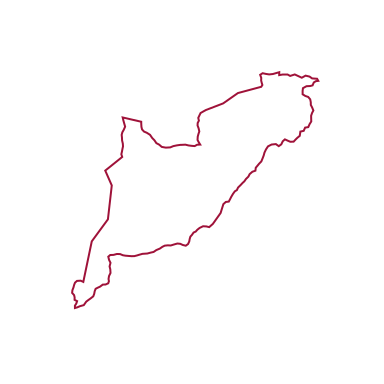 outline of Nazaré, Tocantins, Brazil, rotated 109°
{"feature_id": "56859067B47209768197677", "entity_name": "Nazaré", "entity_type": "district", "adm_level": 2, "iso_a3": "BRA", "parent_name": "Brazil", "parent_adm1": "Tocantins", "projection": "natural_earth1", "projection_center": [-47.774, -6.322], "detail": "fine", "context": "isolated", "style": "outline", "palette": "rose", "viewbox_px": 384, "rotation_deg": 109, "n_neighbors": 0, "source": "geoboundaries", "source_scale": "gbopen_adm2", "svg_char_len": 2806}
<svg xmlns="http://www.w3.org/2000/svg" viewBox="0 0 384 384"><g transform="rotate(109 192 192)"><path d="M326.4,272.5L327.9,269.9L329.8,268.7L332.2,267.9L332.6,265.1L335.2,265.1L337.6,265.7L339.8,264.9L338.4,262.9L336.4,260.7L334.2,257.5L330.1,256.3L327.7,254.7L325.6,253.2L322.8,251.4L320.2,251.3L317.5,251.7L314.9,251.6L313.3,250.1L311.5,248.2L308.6,246.2L307.6,243.6L305.6,241.5L303.4,241.5L301.4,242.6L298.5,243.1L295.1,242.7L291.7,244.1L289.2,245.7L285.5,246.0L283.2,248.3L280.4,250.1L278.2,248.8L277.0,245.7L275.1,242.9L274.1,239.8L274.3,236.8L273.9,234.3L273.2,231.5L272.4,228.4L271.5,225.8L270.0,223.5L268.4,221.3L266.6,218.7L264.7,214.2L262.8,211.4L261.2,208.8L258.5,206.8L256.0,204.0L253.4,202.1L251.6,200.3L250.3,197.5L249.5,194.7L247.6,192.1L245.5,189.1L244.8,186.2L245.1,183.5L244.8,180.4L242.5,178.8L239.7,178.5L237.1,178.9L234.7,179.0L232.6,178.1L229.8,177.3L228.2,175.6L226.0,174.7L223.5,173.1L220.8,170.4L219.9,167.3L219.6,164.3L215.4,161.9L202.5,158.1L200.0,158.2L196.3,158.3L193.3,158.4L190.4,156.8L189.1,154.1L186.6,153.7L183.7,153.3L180.3,152.6L177.4,151.7L175.6,150.2L172.8,149.9L169.6,148.3L166.9,147.1L164.9,146.0L162.1,145.2L159.1,143.7L156.3,143.3L153.2,141.5L151.2,139.0L148.3,139.6L145.9,138.7L143.5,137.8L140.5,136.4L137.0,136.2L134.2,136.1L131.1,136.3L127.6,135.9L124.1,135.0L121.2,132.2L119.4,128.3L120.4,124.9L117.9,123.1L114.5,122.7L112.0,121.3L112.3,118.2L112.5,115.4L111.3,112.3L108.6,111.1L106.4,110.0L103.8,108.4L99.6,109.2L97.8,106.3L94.3,106.0L92.8,103.2L89.5,102.9L86.5,102.2L84.1,103.1L81.1,104.2L78.2,104.2L75.4,103.8L73.0,105.9L71.0,108.0L68.5,108.9L65.9,110.4L64.3,113.1L64.3,116.1L63.6,119.2L60.5,120.3L57.7,120.9L54.7,118.2L53.3,114.7L51.9,112.7L48.8,112.5L46.9,111.0L45.8,108.8L44.2,110.6L45.5,115.4L44.6,118.4L45.0,122.5L48.2,125.4L47.4,133.1L50.3,137.0L49.8,139.9L51.4,144.5L53.1,147.6L50.3,148.5L54.1,153.9L55.7,157.3L56.3,160.6L56.7,163.9L59.0,165.7L61.5,163.7L64.1,162.9L66.1,161.6L67.9,160.3L70.0,160.8L83.5,180.8L98.1,191.4L110.0,205.6L114.5,209.6L117.0,209.9L119.9,210.2L122.3,208.7L124.9,209.1L127.3,208.4L129.6,206.5L132.4,204.8L134.9,204.8L137.8,204.6L141.0,203.7L142.6,202.0L144.5,199.7L145.6,202.5L147.7,204.4L148.4,207.1L149.1,210.4L149.4,213.7L150.3,215.9L151.3,218.5L152.9,221.6L154.7,224.6L156.9,227.1L158.6,231.3L159.2,235.3L157.9,238.5L157.4,241.6L155.3,244.4L153.9,247.2L151.6,250.3L150.7,254.1L150.5,257.0L149.1,259.6L146.9,261.0L144.5,262.0L142.1,262.9L144.1,281.8L146.8,280.1L149.4,278.3L152.0,276.5L155.5,276.8L158.2,277.3L160.9,277.1L163.2,276.0L166.0,274.9L168.7,273.2L171.3,272.1L173.8,271.8L176.5,271.4L179.3,271.1L181.6,269.4L200.0,281.0L211.9,270.0L245.2,262.6L271.3,270.7L312.4,265.5L312.1,268.4L313.5,271.8L315.8,273.1L318.2,273.2L320.8,273.0L323.8,273.1L326.4,272.5Z" fill="none" stroke="#9f1239" stroke-width="2"/></g></svg>